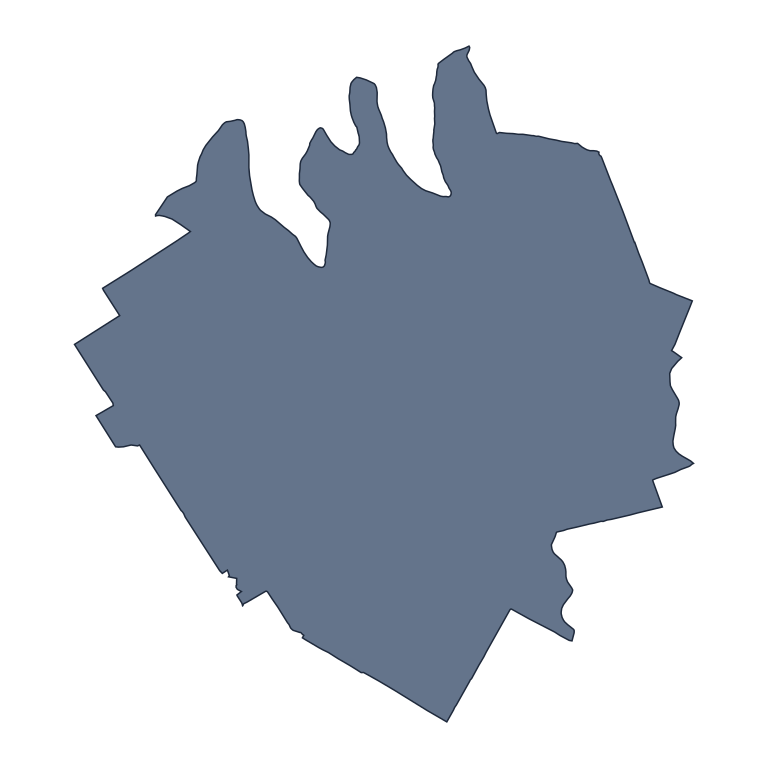 Rasuceni, Giurgiu, Romania
{"feature_id": "2599482B42533582324930", "entity_name": "Rasuceni", "entity_type": "district", "adm_level": 2, "iso_a3": "ROU", "parent_name": "Romania", "parent_adm1": "Giurgiu", "projection": "albers", "projection_center": [25.697, 44.069], "detail": "fine", "context": "isolated", "style": "filled", "palette": "slate", "viewbox_px": 768, "rotation_deg": 0, "n_neighbors": 0, "source": "geoboundaries", "source_scale": "gbopen_adm2", "svg_char_len": 6075}
<svg xmlns="http://www.w3.org/2000/svg" viewBox="0 0 768 768"><path d="M681.7,357.7L673.8,352.0L671.6,350.6L675.0,344.3L679.7,332.3L689.8,307.3L692.3,300.9L676.3,294.6L673.7,293.3L659.4,287.5L650.2,283.5L649.8,283.1L649.3,281.9L649.0,280.3L642.2,262.0L638.5,252.8L634.8,242.3L634.4,242.4L623.1,212.0L612.4,184.9L610.7,180.9L601.8,157.9L601.0,156.2L600.2,155.8L599.2,154.7L598.8,153.5L598.8,152.7L599.0,152.2L596.8,151.1L593.6,150.7L590.1,150.7L587.2,149.9L585.0,148.8L582.1,147.1L577.6,143.4L574.7,143.6L571.4,142.8L561.6,141.4L556.2,140.1L549.3,138.9L538.5,136.2L536.1,136.3L533.4,135.6L532.0,135.6L523.0,134.3L518.3,134.3L513.2,133.6L506.5,133.3L499.5,132.5L497.1,133.6L496.4,133.2L490.0,114.9L488.4,108.8L486.8,100.7L486.2,94.3L486.0,90.1L485.2,87.5L483.9,85.2L479.0,79.2L474.3,72.2L472.0,67.0L470.6,63.5L468.7,60.7L467.0,57.2L466.8,55.9L467.1,54.5L469.1,50.5L469.5,48.8L469.7,47.4L469.0,46.1L465.2,48.0L460.3,49.8L456.8,50.7L454.6,51.5L453.5,52.1L452.4,53.2L443.7,59.4L438.5,63.4L438.0,64.2L438.1,65.8L437.9,67.4L437.2,69.2L436.8,71.8L436.6,75.3L436.3,76.5L435.7,80.3L434.5,83.8L433.7,85.4L433.0,89.0L432.7,92.6L432.6,95.3L432.8,97.9L434.4,103.0L434.5,106.2L434.7,107.6L434.5,111.3L434.7,116.4L434.5,118.4L434.8,123.9L433.8,130.1L433.9,131.1L433.4,135.7L433.2,138.3L432.9,139.7L432.9,141.4L433.3,145.0L433.1,147.5L433.4,149.3L434.5,152.2L434.9,154.0L436.6,157.7L438.1,160.0L439.3,163.0L440.4,165.4L440.9,167.1L441.9,171.8L443.2,175.2L443.6,177.3L443.9,178.3L445.3,181.6L447.9,185.4L449.1,188.3L450.2,189.9L451.1,191.7L451.2,192.4L451.1,194.2L450.6,195.4L450.1,196.1L448.8,196.8L448.2,196.9L446.1,196.5L443.2,196.6L440.7,196.2L432.7,193.0L425.6,190.7L421.6,188.6L417.2,185.3L410.8,179.5L406.5,175.2L403.2,170.7L401.7,168.2L398.4,164.4L396.9,162.3L393.8,157.0L392.5,154.5L390.8,152.0L389.0,148.5L387.8,145.4L387.1,142.3L386.6,137.6L386.5,134.0L385.4,127.9L383.7,122.1L382.1,118.0L381.3,115.3L378.7,109.1L377.8,106.5L377.2,103.1L377.0,101.3L377.2,92.8L377.1,91.9L376.4,87.5L375.2,84.9L374.2,83.7L373.1,83.1L366.3,79.9L360.2,77.9L356.6,77.3L353.8,79.7L351.8,82.1L351.0,83.4L350.1,87.3L349.8,92.6L349.2,95.7L349.2,97.1L349.3,99.4L349.9,104.0L350.4,110.9L351.3,115.2L352.0,117.5L353.8,122.2L355.7,125.9L356.8,127.1L358.2,133.3L358.5,134.1L359.2,136.8L359.5,142.8L359.4,143.6L359.0,144.9L357.6,146.9L356.6,149.1L355.9,149.7L354.9,151.4L353.8,152.4L353.1,153.7L352.6,154.1L351.6,154.4L348.8,154.4L345.3,152.7L342.8,151.1L339.6,149.8L334.8,146.0L330.9,141.8L326.8,135.4L323.2,129.1L322.0,128.2L320.2,127.8L318.8,128.5L317.4,129.6L315.9,131.7L312.8,138.0L311.4,140.2L309.8,143.3L309.6,145.4L307.2,151.1L305.6,153.9L302.3,158.3L301.2,160.3L300.7,161.5L300.2,163.9L300.0,168.9L299.4,173.6L299.4,177.9L299.3,181.0L299.6,183.5L299.9,184.6L302.7,188.6L308.0,195.3L309.9,196.9L313.7,201.3L315.0,203.7L316.1,206.7L317.0,208.4L320.4,211.9L323.3,214.3L328.6,219.5L329.4,220.6L330.2,222.7L330.2,224.0L329.9,226.7L328.1,233.5L327.6,236.3L327.4,245.1L326.2,254.9L325.1,260.0L325.1,260.8L325.4,262.0L325.1,263.7L324.5,265.5L324.0,266.3L323.1,267.0L322.4,267.3L321.2,267.4L318.3,266.8L316.3,266.0L313.9,264.1L311.3,261.7L307.6,257.4L303.9,251.9L300.9,246.3L296.9,238.3L295.5,236.4L292.6,234.3L288.7,230.8L284.1,227.3L275.3,219.7L271.3,217.0L265.3,214.0L260.6,210.4L259.3,208.9L257.1,205.5L256.0,203.3L255.1,201.1L253.4,195.6L252.0,189.9L249.6,175.9L248.9,167.6L248.9,154.9L248.4,149.0L247.5,141.2L246.3,136.0L246.0,133.9L245.9,131.6L245.2,127.2L244.3,123.8L243.3,121.9L242.0,120.6L240.1,119.9L237.8,119.6L236.8,119.7L235.0,120.3L230.5,121.3L226.3,121.8L224.6,122.8L222.5,124.7L218.4,130.6L212.6,136.9L205.9,145.3L203.2,149.8L201.6,153.8L200.0,156.9L198.3,162.2L197.6,165.1L196.9,174.4L196.4,178.2L196.3,180.8L195.9,181.6L194.6,182.7L189.3,185.7L182.3,188.4L176.9,191.1L167.4,196.9L155.5,214.7L155.6,216.0L157.1,215.6L159.2,215.4L162.3,215.9L165.0,216.5L172.1,219.1L180.5,224.5L190.4,231.5L188.6,232.9L176.0,241.4L130.9,270.6L102.6,288.3L103.5,290.3L119.7,315.6L74.5,344.4L103.4,390.0L104.9,391.3L105.3,391.5L112.9,403.1L113.3,405.6L96.0,415.6L115.6,446.8L118.4,447.1L123.5,446.8L131.1,445.0L137.6,445.9L139.6,445.0L154.1,468.1L181.0,510.4L182.4,511.7L183.7,513.6L185.2,517.1L219.7,570.7L222.3,573.4L227.4,570.1L229.3,575.5L228.5,576.8L236.7,578.4L236.5,584.3L236.8,584.8L236.1,585.7L236.1,587.3L237.4,589.4L241.4,591.5L236.9,595.0L237.3,596.0L241.5,602.5L242.1,603.8L242.6,605.8L242.9,605.6L243.2,604.6L243.6,603.9L244.2,603.5L246.9,602.2L265.6,591.3L266.4,591.2L267.2,591.6L267.7,592.1L272.4,599.3L277.8,607.1L287.5,622.7L289.0,624.5L290.5,627.8L291.2,628.7L293.1,630.3L299.6,632.4L300.8,632.5L302.3,634.2L303.8,635.3L302.4,637.8L305.2,639.6L318.6,647.5L323.0,649.9L328.4,652.5L338.3,658.8L350.2,665.7L361.2,672.6L363.6,672.5L378.3,680.7L394.0,690.0L427.5,710.7L446.8,721.9L453.5,710.0L454.6,707.5L456.4,704.9L469.7,681.2L470.2,680.0L471.6,678.6L479.0,665.0L483.8,656.9L486.1,652.3L510.0,609.7L510.5,609.2L511.5,609.1L528.8,618.7L554.6,632.0L560.0,635.5L569.2,640.4L572.0,640.9L574.1,632.9L574.2,631.3L574.1,630.2L573.5,629.3L567.7,624.7L564.7,621.9L563.5,620.2L562.1,617.4L561.2,613.7L561.2,612.0L561.7,608.4L563.4,604.7L567.9,598.7L570.2,596.0L571.8,593.3L572.3,591.9L572.7,590.0L571.7,587.9L567.6,582.0L566.6,579.4L566.0,576.9L565.9,574.5L565.9,571.9L565.6,569.1L564.7,565.5L563.9,563.8L562.8,561.8L561.3,560.0L554.4,553.8L553.1,552.0L552.0,549.3L551.5,546.2L551.4,544.8L551.6,544.2L554.8,537.3L555.4,535.7L556.3,532.7L556.5,532.4L557.0,532.0L563.6,530.5L567.2,529.2L576.3,527.2L589.9,523.9L593.8,523.2L601.0,521.3L603.3,521.4L607.2,520.0L611.1,519.4L630.0,515.0L637.7,512.9L662.3,507.0L652.8,480.8L652.7,480.1L653.7,479.5L656.4,478.4L674.8,472.4L680.7,469.5L688.6,466.6L690.3,465.7L691.8,464.3L693.5,463.4L690.7,461.0L682.3,456.2L678.9,453.9L676.1,451.2L675.3,450.0L673.9,447.8L673.2,444.9L672.9,441.1L673.8,435.7L675.2,428.8L675.7,425.4L675.6,422.7L675.7,416.9L676.4,413.8L678.0,409.0L679.1,404.8L679.2,403.7L679.1,402.4L678.6,400.4L677.6,398.5L672.3,389.6L670.4,385.7L670.0,381.8L669.7,373.4L671.7,368.5L677.7,361.4L681.7,357.7Z" fill="#64748b" stroke="#1e293b" stroke-width="1.5"/></svg>